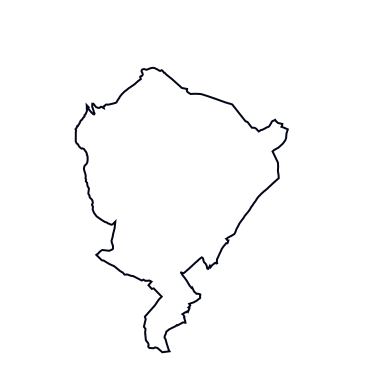 Cetateni, Arges, Romania, rotated 243°
{"feature_id": "2599482B24433695468767", "entity_name": "Cetateni", "entity_type": "district", "adm_level": 2, "iso_a3": "ROU", "parent_name": "Romania", "parent_adm1": "Arges", "projection": "equal_earth", "projection_center": [25.212, 45.189], "detail": "fine", "context": "isolated", "style": "outline", "palette": "ink", "viewbox_px": 384, "rotation_deg": 243, "n_neighbors": 0, "source": "geoboundaries", "source_scale": "gbopen_adm2", "svg_char_len": 5987}
<svg xmlns="http://www.w3.org/2000/svg" viewBox="0 0 384 384"><g transform="rotate(243 192 192)"><path d="M311.3,221.3L311.3,221.1L312.3,221.0L313.5,220.7L314.3,220.3L314.3,218.7L314.5,218.4L315.0,218.0L317.5,216.4L318.4,215.6L319.1,215.2L319.8,214.5L320.1,214.0L320.4,213.5L320.8,212.5L321.0,211.7L321.0,211.4L321.2,210.6L321.3,209.7L321.4,208.7L321.4,207.8L321.5,207.1L321.7,206.8L322.8,205.7L323.2,205.1L323.4,204.8L323.7,203.8L323.6,203.3L323.5,202.7L323.2,202.3L322.7,202.0L322.3,201.8L322.0,201.8L320.3,201.8L319.9,201.7L319.2,201.5L318.9,201.3L318.6,201.0L318.3,200.4L318.2,199.9L318.2,199.6L318.4,199.0L318.4,198.7L318.3,198.3L318.1,198.2L317.9,198.0L317.3,197.9L316.5,197.8L315.8,197.6L315.4,194.7L314.0,189.4L313.2,182.8L312.5,179.7L312.3,178.2L311.8,176.4L310.9,173.7L309.7,171.1L308.5,169.3L307.8,167.8L306.1,165.3L306.1,164.7L306.6,161.9L307.7,157.5L308.3,156.2L308.7,155.6L308.9,154.9L308.8,154.2L308.4,153.5L308.3,153.3L308.4,152.8L308.4,152.4L308.3,152.1L308.1,151.8L307.9,151.8L306.8,151.5L308.7,150.2L308.9,150.1L309.1,149.9L309.3,149.6L309.0,148.0L309.3,146.9L311.1,145.1L315.4,144.2L315.9,143.3L314.6,142.5L313.0,141.7L311.7,141.6L309.1,141.2L308.0,140.9L306.2,140.8L305.7,140.3L305.6,139.9L306.7,139.2L308.5,138.5L312.0,137.7L313.3,137.0L314.0,138.3L314.8,138.3L315.7,138.0L317.1,137.6L315.3,136.8L314.3,136.2L312.3,135.4L312.0,135.2L311.6,134.9L310.5,133.5L309.5,132.3L309.5,132.0L309.5,131.7L309.4,131.3L309.2,131.1L308.9,130.9L308.4,130.7L308.1,130.5L307.5,128.7L306.7,127.3L306.6,127.2L306.5,126.9L306.3,126.6L306.2,126.0L306.2,125.9L306.2,125.7L306.1,125.2L305.8,124.8L305.0,123.9L304.0,122.6L303.6,122.0L303.1,120.8L302.8,119.7L302.4,119.8L302.3,119.2L302.1,118.8L302.0,118.6L301.7,118.4L301.3,117.9L301.2,117.6L301.1,117.4L300.8,117.0L300.7,116.9L300.7,116.7L299.4,116.6L297.5,115.3L295.8,114.5L289.9,111.4L287.5,111.3L286.2,112.1L284.6,112.0L282.9,112.3L280.8,113.3L280.4,114.4L279.2,115.3L277.2,115.5L276.3,115.8L273.8,115.7L272.7,115.1L271.3,115.2L268.0,113.6L266.1,112.3L264.9,110.7L264.0,108.0L261.9,106.3L259.0,105.5L257.0,105.3L254.5,104.6L252.5,103.3L251.2,103.3L250.1,102.4L249.4,102.3L247.8,102.7L244.8,101.6L242.0,101.8L238.0,99.1L236.9,98.8L235.7,99.1L233.8,98.5L232.4,98.7L231.4,99.2L229.5,99.4L227.2,98.6L226.0,97.0L223.9,97.1L221.6,95.6L218.1,95.2L213.7,95.9L212.1,96.7L207.8,99.0L205.0,100.7L203.4,102.3L202.4,102.7L201.6,103.5L199.6,105.1L199.2,106.5L200.4,110.2L195.1,106.8L190.2,102.5L188.0,100.9L185.0,98.1L183.4,97.6L179.8,97.1L177.6,96.0L177.0,95.2L177.2,91.7L177.5,91.1L181.1,85.7L180.7,82.7L179.8,80.6L179.4,78.2L172.0,80.7L171.1,82.1L165.3,85.7L161.2,89.0L154.1,92.1L151.7,93.7L149.0,94.4L147.8,97.0L145.0,99.6L143.8,101.4L135.9,107.1L135.9,109.0L134.0,110.1L132.3,114.0L130.5,115.2L128.7,110.9L123.9,112.2L123.5,114.1L112.5,117.5L111.2,113.6L107.9,107.6L102.3,93.4L99.7,93.0L93.8,88.0L91.1,88.4L88.0,86.4L80.8,83.6L77.0,84.3L75.4,83.9L74.1,82.8L72.4,83.2L70.2,86.9L70.3,88.5L68.7,90.4L62.7,92.8L60.3,99.6L61.2,99.5L61.9,99.6L68.2,100.6L72.5,101.5L74.9,101.5L76.2,102.5L77.5,104.2L79.2,105.7L80.0,109.6L79.9,116.5L80.3,118.2L79.7,118.6L79.9,124.8L78.5,126.8L79.9,127.3L83.5,127.9L83.5,128.2L84.6,128.7L85.0,128.5L85.9,128.5L87.0,128.4L87.5,128.1L87.8,130.8L87.8,132.5L87.5,132.6L87.8,134.0L87.1,134.1L89.7,137.1L90.7,136.4L91.7,138.9L93.6,138.7L92.9,143.6L93.0,146.6L93.2,147.8L93.5,148.7L93.6,149.6L93.6,150.6L93.8,151.0L94.0,151.3L94.4,151.4L95.1,151.7L95.5,151.8L96.0,152.2L96.5,152.7L96.6,152.8L96.9,152.9L97.2,152.7L98.4,151.5L98.7,151.1L99.0,150.1L99.2,149.9L99.4,149.7L99.9,149.6L100.9,149.2L102.4,148.7L106.9,148.8L106.8,148.0L107.3,148.0L109.3,147.4L110.3,147.3L112.5,147.2L115.5,147.0L116.1,146.9L118.9,146.5L121.2,146.0L122.4,145.8L123.7,145.7L124.4,145.7L124.8,145.6L125.2,145.6L125.3,145.7L125.3,145.8L125.1,146.0L123.8,147.1L123.5,147.6L123.6,148.4L123.9,149.9L124.6,152.4L124.9,153.9L125.9,157.5L127.0,161.3L127.7,163.8L128.2,166.1L128.6,167.0L128.8,168.1L128.9,168.5L129.0,169.1L129.3,170.4L129.3,171.0L129.1,171.2L128.9,171.4L128.6,171.5L128.2,171.6L127.6,171.6L127.0,171.5L125.7,171.1L124.3,170.9L123.6,171.0L121.8,171.6L120.6,171.6L119.9,171.6L119.2,171.5L117.7,171.0L117.2,170.9L116.9,170.9L116.6,171.0L116.3,171.2L116.2,171.3L116.1,171.7L118.1,174.4L116.5,174.4L117.6,176.5L118.4,180.4L117.2,181.3L117.2,182.2L118.2,182.3L120.8,183.8L121.0,184.2L122.0,185.5L124.2,188.2L125.0,189.3L126.0,190.6L127.0,191.7L127.9,192.9L129.0,195.0L129.3,195.5L130.3,198.1L130.9,199.2L130.9,199.3L130.3,200.2L130.5,200.8L132.3,202.4L132.7,201.7L134.6,201.3L134.5,201.7L134.6,202.1L135.0,202.8L135.1,203.6L135.0,204.8L135.1,206.4L135.0,206.9L135.1,207.8L135.2,209.4L135.4,210.8L136.2,212.0L139.1,215.2L140.2,217.0L142.5,220.1L143.0,221.1L143.8,222.7L144.4,223.8L145.0,225.2L145.7,226.5L146.1,227.2L146.3,227.4L146.7,228.0L148.7,232.7L149.5,234.4L150.3,235.8L151.8,238.1L152.5,239.7L153.9,241.9L154.8,244.0L155.3,244.8L156.8,247.3L157.7,249.3L158.2,250.8L158.5,251.9L158.8,252.4L159.0,253.0L159.3,254.3L159.8,256.1L160.7,260.4L161.8,263.8L162.1,265.2L163.0,268.0L163.3,269.5L163.5,269.7L163.7,270.9L164.0,271.7L164.1,272.1L164.2,272.7L164.9,275.5L167.5,276.7L172.0,278.2L175.5,280.3L179.2,281.9L191.6,282.2L192.1,284.1L192.3,289.2L193.8,294.8L195.7,298.6L197.4,300.4L201.2,302.7L204.3,305.8L207.5,303.2L209.5,301.3L209.8,301.7L210.5,302.6L211.6,303.4L214.4,300.0L217.3,298.9L218.6,298.8L218.5,297.1L218.6,296.1L218.6,295.7L218.4,295.0L217.5,293.9L217.0,293.1L216.4,292.0L216.1,291.6L215.9,291.4L215.7,291.0L215.5,290.5L215.4,290.1L215.4,289.5L215.6,287.8L215.6,287.3L215.5,286.1L215.5,282.7L215.9,281.8L215.7,278.9L219.3,277.9L220.7,277.0L222.2,274.5L229.3,273.2L230.7,271.8L251.7,267.6L253.5,265.9L254.0,265.2L255.4,263.8L256.9,262.2L257.8,261.4L260.7,258.6L261.8,257.7L262.5,256.9L263.9,255.7L265.3,254.3L270.4,249.4L275.0,244.7L276.2,242.8L278.3,239.0L280.0,235.2L282.9,233.5L284.5,233.3L286.0,234.4L289.3,230.2L298.7,226.6L302.0,225.3L308.6,222.3L310.5,221.8L311.3,221.3Z" fill="none" stroke="#020617" stroke-width="2"/></g></svg>